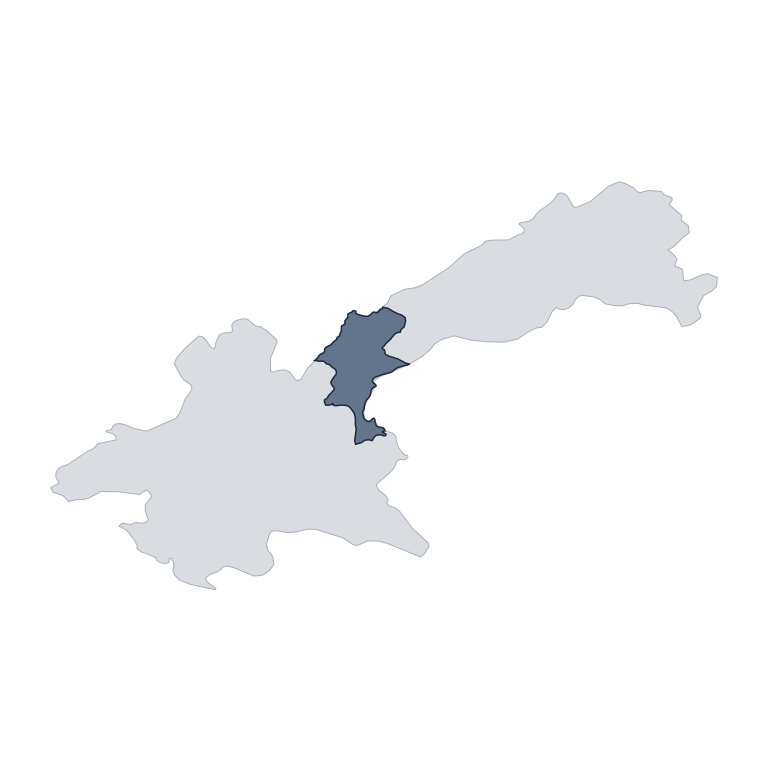 Laos, with Bolikhamxai highlighted, rotated 273°
{"feature_id": "LAO-3292", "entity_name": "Bolikhamxai", "entity_type": "Province", "adm_level": 1, "iso_a3": "LAO", "parent_name": "Laos", "parent_adm1": "", "projection": "equal_earth", "projection_center": [104.026, 18.483], "detail": "fine", "context": "in_parent", "style": "filled", "palette": "slate", "viewbox_px": 768, "rotation_deg": 273, "n_neighbors": 0, "source": "natural_earth", "source_scale": "10m", "svg_char_len": 6852}
<svg xmlns="http://www.w3.org/2000/svg" viewBox="0 0 768 768"><g transform="rotate(273 384 384)"><path d="M284.1,65.6L287.2,72.7L301.7,92.1L304.2,97.3L309.5,101.4L313.9,118.6L315.8,119.6L318.2,118.4L320.1,116.0L321.6,109.4L322.6,108.7L324.3,114.1L328.3,115.8L330.1,118.2L330.6,122.3L330.0,126.6L326.6,136.4L324.5,149.5L338.7,177.9L344.7,181.7L358.9,186.3L368.6,192.6L373.1,191.1L377.4,184.1L382.5,180.1L392.1,174.1L394.9,173.8L400.2,176.2L408.9,183.2L422.1,196.4L421.7,199.9L419.3,203.4L412.2,208.6L410.0,212.0L411.3,213.2L417.2,214.1L424.2,217.0L426.3,220.5L427.5,228.4L428.7,229.9L435.1,229.0L437.1,230.1L439.4,232.6L441.7,239.2L441.7,244.1L435.3,252.7L434.6,257.9L431.2,264.1L422.5,274.4L420.1,275.0L403.9,269.3L391.0,270.1L390.0,272.3L392.1,278.5L392.8,284.8L390.8,289.5L383.3,295.6L383.1,298.3L384.6,301.0L395.4,306.6L429.8,336.5L445.6,342.2L452.5,345.9L454.3,348.1L454.2,350.7L452.4,354.0L450.9,359.9L450.9,363.4L452.5,366.8L455.3,371.9L465.0,383.3L472.1,386.0L479.5,399.0L481.8,410.4L485.4,417.8L503.4,442.5L518.5,457.7L527.5,474.1L531.9,477.8L533.2,483.7L534.5,501.1L539.7,509.7L540.8,513.2L543.1,515.8L545.6,516.3L550.8,510.6L551.9,511.4L554.3,520.6L556.5,523.9L564.5,529.5L573.0,540.5L577.5,544.6L583.3,547.7L584.1,551.2L583.1,554.7L581.3,557.0L571.5,563.4L570.2,566.2L576.8,580.3L593.2,597.8L598.3,608.3L597.2,613.3L592.8,623.5L589.4,626.3L588.5,629.5L591.1,637.8L590.9,650.7L587.8,653.8L585.0,661.6L583.0,662.2L577.9,659.4L567.5,672.9L563.0,672.2L557.7,679.8L550.9,680.8L546.2,675.1L536.2,666.1L532.6,660.4L529.5,665.3L524.2,670.0L516.8,668.3L514.8,675.1L513.4,676.3L504.4,677.5L502.7,678.6L504.2,684.8L509.5,695.3L511.1,701.3L507.8,711.2L498.5,710.9L494.3,706.9L489.0,698.5L477.1,693.0L469.1,696.8L466.7,696.6L460.7,689.6L458.4,685.0L457.1,678.3L466.2,672.9L470.8,668.7L473.8,664.2L475.0,659.5L476.4,640.0L477.8,633.1L477.0,624.7L474.5,618.1L474.5,608.2L475.8,600.2L479.2,596.1L481.6,590.4L483.0,577.4L481.9,574.1L478.5,570.9L472.8,567.9L469.2,564.1L467.7,559.5L467.8,555.4L469.6,552.0L465.2,548.1L454.8,543.8L449.0,538.7L447.8,532.7L443.4,524.9L436.0,515.2L432.0,501.3L431.6,483.1L432.4,468.4L435.7,451.3L431.3,438.9L426.5,432.4L419.9,427.6L413.6,420.8L407.5,411.8L400.3,398.6L392.0,381.2L386.3,373.4L383.4,375.2L377.4,373.6L368.2,368.5L360.1,365.8L353.2,365.4L348.8,366.6L346.7,369.2L346.5,371.9L348.3,374.5L347.3,376.5L343.7,377.9L340.8,380.8L337.5,387.2L335.3,395.6L331.8,398.8L326.6,399.5L321.4,401.9L316.2,406.0L313.8,409.1L314.1,411.2L313.0,411.7L310.5,410.5L309.3,407.7L309.5,403.4L306.9,400.4L301.5,398.9L295.5,394.3L284.0,382.2L281.3,381.7L277.5,384.8L272.5,391.5L268.4,394.2L265.2,392.8L262.7,395.2L260.9,401.4L257.7,406.2L242.0,419.3L227.9,436.1L224.4,437.6L215.9,432.8L213.2,429.6L225.1,395.2L226.8,386.9L226.5,375.9L221.7,366.7L221.5,364.0L222.3,361.2L228.3,350.6L235.3,323.2L235.0,314.7L232.0,305.4L230.4,296.5L231.8,284.4L231.3,279.7L228.1,277.4L217.5,275.0L211.3,277.0L208.4,280.2L204.8,282.3L198.1,283.4L191.8,279.4L186.6,272.4L185.4,264.0L192.1,245.7L193.8,238.7L193.6,235.4L192.5,231.9L190.9,231.5L187.6,227.2L184.3,219.6L181.2,216.2L178.3,216.8L175.6,219.7L171.1,226.8L169.7,225.9L173.8,200.8L177.6,190.1L182.0,185.1L186.6,183.0L191.4,183.8L195.5,182.9L198.7,180.3L198.5,178.8L194.6,178.4L193.1,175.6L193.9,170.2L195.7,166.8L198.3,165.2L200.9,159.8L203.5,150.6L206.5,146.0L210.1,145.9L216.2,142.0L224.9,134.2L228.2,126.8L231.4,130.2L230.2,138.8L231.9,140.7L232.7,143.8L232.2,148.6L232.8,152.7L234.2,154.7L236.0,155.7L245.2,152.2L250.8,151.9L259.9,158.3L265.3,153.6L265.4,151.8L261.0,145.8L262.5,123.9L261.9,107.2L254.5,94.9L253.0,90.0L252.3,81.9L250.2,75.0L255.6,69.5L258.6,59.3L262.4,56.8L263.5,57.2L268.1,64.9L273.9,61.1L278.4,61.1L282.1,63.1L284.1,65.6Z" fill="#d9dde1" stroke="#a8b0b8" stroke-width="1"/><path d="M359.1,365.5L358.0,365.3L354.9,364.1L354.4,364.1L349.8,365.3L348.4,366.0L347.2,367.2L346.3,368.7L345.7,370.6L345.7,371.1L345.8,371.4L345.9,371.7L346.0,372.1L346.5,372.4L348.9,374.5L349.2,375.1L349.2,375.8L348.6,376.4L347.9,376.7L345.8,377.1L344.6,377.7L342.9,378.1L342.4,378.3L341.9,378.7L341.3,379.7L340.9,380.8L340.6,383.4L340.2,385.0L339.6,386.2L338.6,386.9L337.4,387.5L337.4,387.4L337.5,387.4L337.6,387.0L337.3,387.2L336.2,384.9L335.6,385.3L335.0,386.8L334.4,388.1L333.7,388.6L333.1,388.6L332.6,388.2L332.2,387.3L332.2,386.5L332.4,385.9L332.7,385.5L332.8,384.9L332.9,384.2L333.1,383.5L333.0,383.0L332.9,381.5L332.6,380.2L332.1,378.6L329.8,376.6L326.9,375.3L327.5,371.6L326.8,367.7L325.5,366.2L324.3,364.5L322.3,358.8L326.0,357.7L337.2,358.6L342.0,357.5L348.8,357.1L353.3,355.7L357.3,352.7L358.8,351.1L360.1,349.5L360.7,346.7L360.7,343.5L360.5,341.0L360.0,338.6L359.8,336.1L360.3,334.3L361.2,334.3L361.8,333.8L361.6,333.2L360.9,333.0L360.2,330.9L359.9,328.7L359.9,326.8L363.0,325.5L364.8,325.3L367.2,328.2L368.9,328.9L370.5,330.0L372.0,331.5L373.6,332.6L374.9,333.9L376.5,334.6L378.0,334.1L379.2,332.8L380.9,331.7L382.7,330.8L384.8,331.5L389.8,334.5L390.5,335.3L391.3,335.8L392.8,335.8L394.3,335.7L396.1,334.7L397.4,332.4L398.6,330.6L400.0,329.2L400.8,327.4L401.1,325.4L402.4,324.1L403.6,322.7L403.6,320.1L403.3,317.4L403.8,315.0L403.9,313.5L404.7,314.4L405.5,315.3L406.4,316.2L407.5,316.9L408.4,317.3L409.3,317.8L410.3,318.9L411.9,322.1L412.6,322.8L413.6,323.1L415.4,322.8L416.5,323.2L417.4,323.9L418.1,324.8L420.1,328.6L420.7,329.4L422.6,330.7L423.5,331.5L425.0,333.5L425.9,334.2L426.4,334.5L427.5,334.6L428.1,334.8L428.4,335.2L429.1,336.5L429.5,337.0L430.2,337.3L432.5,337.7L434.7,338.6L435.5,338.7L438.7,338.4L440.2,339.0L440.8,340.9L441.4,341.6L442.4,342.0L443.5,341.9L444.5,341.6L445.4,341.8L448.2,344.0L449.6,344.6L450.3,344.5L451.0,344.3L451.6,344.2L452.3,344.5L454.0,347.9L455.2,349.0L455.6,349.6L455.6,350.6L455.6,350.8L455.2,352.1L454.6,352.2L453.9,351.9L453.2,352.0L452.4,353.4L451.7,355.7L450.8,359.9L450.5,363.1L451.1,365.2L452.5,366.8L454.3,368.5L455.3,369.8L455.2,370.7L454.9,371.7L454.9,373.3L455.4,374.3L458.2,376.5L458.5,377.1L459.0,378.3L459.4,378.7L460.0,378.9L460.6,378.9L459.7,384.3L457.0,389.2L455.1,393.6L453.6,398.4L451.4,401.6L448.3,402.3L442.0,401.1L440.6,399.5L438.7,397.9L436.5,397.5L436.1,394.7L434.3,392.0L428.7,387.9L424.2,383.5L422.1,382.4L420.4,380.2L419.2,381.1L418.7,381.3L418.3,381.6L418.3,382.5L416.1,383.3L413.8,383.6L412.0,387.5L411.0,392.1L410.3,394.2L409.8,396.4L406.1,404.4L405.2,408.3L405.0,408.1L404.6,407.4L404.2,406.6L403.7,404.3L401.2,397.1L400.8,396.3L400.5,395.8L396.9,391.7L396.1,390.5L395.5,389.0L393.1,381.3L390.3,374.9L389.2,373.4L387.8,372.5L386.4,372.3L385.2,372.7L384.1,373.7L383.2,375.1L382.9,375.5L382.7,375.8L382.4,376.0L382.0,376.1L381.1,375.9L380.6,375.1L380.2,374.2L379.7,373.3L378.8,372.5L377.9,371.9L377.0,371.5L376.0,371.3L372.7,371.1L371.9,370.8L368.7,368.9L368.2,368.5L367.7,367.9L366.9,367.2L363.6,366.0L362.1,365.9L360.7,365.4L360.2,365.4L359.4,365.5L359.1,365.5Z" fill="#64748b" stroke="#1e293b" stroke-width="1.5"/></g></svg>